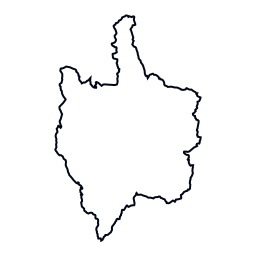 Tay Son, Bình Định, Vietnam (Natural Earth projection)
{"feature_id": "81297802B3478153063518", "entity_name": "Tay Son", "entity_type": "district", "adm_level": 2, "iso_a3": "VNM", "parent_name": "Vietnam", "parent_adm1": "Bình Định", "projection": "natural_earth1", "projection_center": [108.884, 13.946], "detail": "fine", "context": "isolated", "style": "outline", "palette": "ink", "viewbox_px": 256, "rotation_deg": 0, "n_neighbors": 0, "source": "geoboundaries", "source_scale": "gbopen_adm2", "svg_char_len": 5712}
<svg xmlns="http://www.w3.org/2000/svg" viewBox="0 0 256 256"><path d="M56.1,144.4L56.4,147.4L55.3,149.5L56.0,151.1L56.6,151.6L57.6,153.3L59.0,154.9L59.3,155.2L61.0,155.2L61.7,155.8L62.4,156.1L63.0,156.9L63.6,158.7L65.7,160.3L66.0,161.8L65.7,165.0L66.2,166.6L67.4,168.9L68.1,172.1L69.0,173.9L69.2,174.9L72.1,178.2L73.5,180.1L76.5,183.1L77.2,183.2L78.0,182.4L78.7,182.7L78.8,183.0L78.4,183.6L78.6,184.3L81.0,185.8L82.4,188.2L82.1,188.7L80.8,188.2L80.7,189.4L80.2,190.0L80.5,192.3L81.3,193.0L82.3,194.6L82.0,194.9L81.1,194.4L80.9,194.5L81.5,196.8L81.3,197.7L81.9,199.3L82.0,200.5L82.0,201.4L81.2,202.3L81.2,202.7L81.9,206.6L84.1,208.6L84.2,210.2L84.5,210.9L86.1,211.9L86.6,212.7L88.4,213.5L90.3,212.7L91.8,212.8L92.3,213.0L93.2,214.3L95.2,215.0L95.5,215.6L95.4,217.6L95.7,218.5L97.4,218.9L98.0,219.7L98.2,220.9L97.9,223.0L98.2,223.8L98.2,225.2L98.0,225.6L96.5,227.8L96.3,229.9L96.9,231.5L96.9,232.8L97.6,234.1L97.6,236.0L98.0,236.7L98.3,238.5L98.6,238.6L100.6,238.4L101.0,239.3L101.2,240.6L102.6,239.7L102.7,239.2L103.4,238.3L103.8,236.9L105.0,236.1L105.4,235.0L106.4,235.1L107.8,234.8L110.9,232.2L112.0,229.8L111.9,227.7L112.1,226.7L115.0,222.8L115.4,221.6L116.3,220.7L116.5,219.5L117.4,218.8L118.7,219.2L119.6,218.9L120.0,216.5L121.0,215.3L121.0,214.2L121.7,213.2L121.7,211.6L122.1,209.9L122.4,209.8L123.3,210.1L124.1,209.8L126.6,205.6L127.3,205.6L128.4,206.9L128.6,206.9L131.4,205.4L134.0,205.3L134.4,204.9L134.5,203.0L133.6,198.3L134.4,196.6L136.0,195.0L136.2,193.5L136.5,193.0L138.0,194.9L140.6,194.6L141.3,194.7L143.1,195.5L146.7,196.6L147.9,197.5L148.7,197.7L150.4,197.6L153.5,198.4L154.4,197.5L155.5,197.2L158.1,197.0L158.9,196.5L159.9,196.6L160.8,197.9L161.3,197.9L163.4,199.0L164.6,199.3L165.9,201.7L166.6,202.1L166.8,203.1L168.8,203.2L169.5,203.0L172.8,200.6L173.5,200.7L174.9,201.7L175.5,200.7L175.9,199.6L178.7,199.2L181.1,198.4L181.3,197.8L180.9,195.3L181.0,194.9L182.3,194.2L184.0,192.0L185.9,191.1L187.4,190.8L187.8,189.6L189.1,189.6L190.0,188.6L190.3,184.5L189.8,183.2L190.1,180.4L190.6,179.1L190.6,177.6L191.5,176.6L192.7,173.8L192.8,172.7L192.4,171.1L192.6,168.5L192.9,167.6L192.8,166.5L193.1,165.2L191.6,165.2L190.6,165.7L189.6,164.8L189.5,164.0L188.8,162.9L188.8,161.1L187.7,159.5L187.9,159.2L188.7,159.3L188.4,158.3L188.9,157.1L188.8,155.6L188.4,155.1L186.6,154.8L185.4,154.2L184.0,152.9L183.9,152.1L184.2,151.6L186.2,151.6L187.6,151.9L189.1,151.5L190.0,150.9L194.0,147.5L197.1,146.0L196.5,144.9L196.9,143.9L198.6,143.3L199.3,143.5L199.6,142.8L199.8,141.8L199.7,140.9L200.3,139.9L200.7,137.3L197.8,136.8L197.6,136.6L197.6,135.7L197.0,134.9L197.3,134.1L197.7,132.0L197.7,131.4L197.0,130.8L196.9,130.4L197.0,129.4L197.4,128.8L197.8,126.6L198.6,122.3L198.6,120.9L197.9,120.1L196.2,119.6L196.0,118.6L195.2,117.9L195.0,116.0L194.2,115.8L193.4,115.3L193.1,114.9L192.9,113.6L194.1,112.9L195.7,111.1L195.2,110.0L197.2,108.0L196.7,106.5L197.7,104.0L197.5,101.8L198.9,101.3L199.4,100.8L200.4,98.5L200.5,97.4L198.9,96.9L197.3,95.9L196.9,94.8L197.2,93.4L196.3,93.7L196.0,92.8L195.5,92.2L193.1,90.9L191.5,89.6L189.7,89.6L188.7,89.3L186.8,88.2L186.4,88.2L185.9,89.2L185.6,89.4L183.9,89.8L182.2,89.9L181.4,89.4L180.6,89.4L180.2,88.8L177.3,87.6L174.2,87.4L172.5,86.9L171.5,86.7L167.7,86.9L166.6,86.0L164.9,85.5L164.3,84.6L164.2,83.0L163.6,81.3L162.9,80.3L161.6,79.4L160.3,79.3L159.9,78.5L159.0,78.6L158.7,77.2L156.7,75.4L155.6,74.9L154.0,74.8L153.1,73.8L152.4,73.8L149.7,74.9L149.4,75.3L147.7,78.1L147.5,77.4L147.1,75.9L145.7,75.8L145.4,75.1L144.8,73.2L144.6,70.6L143.0,65.5L141.9,63.7L141.4,63.2L140.8,62.1L140.5,60.5L139.5,59.6L138.7,58.3L138.3,55.9L137.8,54.5L137.6,52.5L137.0,51.2L136.0,47.8L135.3,47.0L134.3,46.8L133.5,46.1L132.3,44.4L132.8,43.5L132.9,42.3L133.7,40.9L132.6,39.6L132.7,39.1L133.3,37.7L131.2,30.8L130.5,29.4L131.1,28.4L132.2,26.9L132.7,25.3L134.9,25.0L135.3,24.7L135.2,23.8L133.9,20.0L133.9,18.9L134.3,17.5L134.2,16.8L133.7,16.4L133.0,16.4L131.7,17.1L129.4,16.3L128.4,16.9L128.0,15.9L126.1,15.4L124.8,16.4L122.2,17.4L122.0,18.2L121.1,19.5L120.4,20.1L118.9,20.6L118.5,21.8L117.5,22.8L115.8,23.2L115.4,24.6L114.2,25.2L113.6,26.1L114.4,28.2L115.4,29.6L116.4,32.6L116.4,33.5L116.1,34.0L114.6,35.8L114.8,37.2L116.0,39.6L116.0,39.9L115.8,40.8L115.3,41.8L114.6,42.5L113.2,43.1L111.8,43.5L111.7,43.9L112.1,45.1L112.7,45.8L114.3,46.4L114.6,47.2L116.2,47.2L116.4,47.4L116.6,47.9L116.3,50.4L116.8,52.2L116.5,52.5L115.0,53.3L112.7,53.9L112.6,54.4L113.0,57.7L113.7,58.5L117.2,59.3L117.4,59.7L117.2,61.8L117.0,62.3L116.8,62.4L116.7,63.5L117.2,64.4L117.3,65.6L118.0,67.2L118.1,68.0L119.4,69.2L118.9,70.2L119.2,71.0L118.9,71.9L118.4,72.3L117.9,73.1L117.2,73.5L117.1,73.8L117.2,74.6L118.0,76.0L117.3,78.6L117.4,79.9L117.7,81.4L117.0,84.4L115.1,85.0L113.7,85.0L104.9,84.4L103.3,84.5L101.6,85.8L98.3,82.8L96.3,82.0L95.8,82.5L96.2,84.0L96.1,84.5L94.9,85.6L95.0,86.0L96.1,86.9L96.2,87.6L96.1,87.8L94.2,87.6L92.6,86.6L91.3,84.8L90.5,84.1L90.6,82.5L90.1,80.7L90.4,78.0L89.3,79.2L89.0,80.1L87.1,80.8L86.5,81.6L84.9,82.5L83.5,82.5L81.8,83.4L81.0,81.8L80.1,81.0L79.3,79.8L79.1,77.5L79.6,76.9L79.4,76.4L78.4,75.6L78.5,74.9L78.4,74.2L77.5,72.7L76.2,71.6L76.3,70.6L76.1,70.1L74.8,69.2L73.3,68.8L70.0,67.3L66.4,66.6L66.0,66.6L64.6,67.5L62.5,68.4L61.2,68.4L60.7,68.7L60.3,70.8L62.2,73.7L62.3,74.2L62.3,76.5L62.0,78.6L62.3,79.6L61.5,82.8L59.8,84.0L59.6,85.1L59.8,85.7L60.7,86.7L60.5,88.1L60.9,89.2L60.9,90.1L61.8,91.1L61.9,92.7L62.5,94.6L63.6,96.7L65.5,99.1L65.6,99.6L63.2,102.9L59.5,106.7L59.4,107.1L59.7,109.4L60.5,110.5L61.3,112.7L62.1,114.0L60.8,118.8L59.7,121.2L59.7,121.7L60.4,124.2L61.3,126.5L61.1,127.3L60.6,127.8L58.6,125.8L58.3,125.8L58.2,125.9L57.8,127.3L56.7,128.8L57.5,131.9L56.0,134.1L55.7,135.5L55.7,136.8L56.4,138.8L56.2,140.7L56.6,142.5L56.1,144.4Z" fill="none" stroke="#020617" stroke-width="2"/></svg>